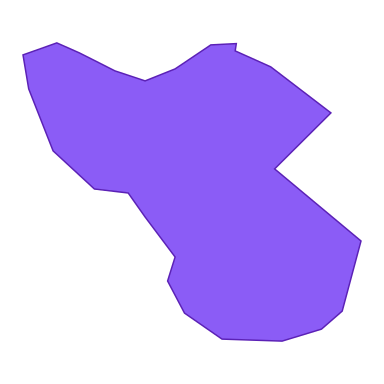 the border of Moka
{"feature_id": "MUS-5186", "entity_name": "Moka", "entity_type": "District", "adm_level": 1, "iso_a3": "MUS", "parent_name": "Mauritius", "parent_adm1": "", "projection": "mercator", "projection_center": [57.579, -20.265], "detail": "fine", "context": "isolated", "style": "filled", "palette": "violet", "viewbox_px": 384, "rotation_deg": 0, "n_neighbors": 0, "source": "natural_earth", "source_scale": "10m", "svg_char_len": 437}
<svg xmlns="http://www.w3.org/2000/svg" viewBox="0 0 384 384"><path d="M236.3,43.6L235.2,50.9L270.8,66.9L330.9,112.9L274.6,168.9L361.0,241.0L342.2,311.1L321.5,329.1L282.1,341.1L222.0,339.1L184.5,313.1L167.6,281.0L175.1,257.0L145.1,217.0L128.2,193.0L94.4,189.0L53.1,150.9L28.7,88.9L23.0,54.9L56.8,42.9L79.4,52.9L115.0,70.9L128.6,75.4L145.1,80.9L175.1,68.9L210.8,44.9L236.3,43.6Z" fill="#8b5cf6" stroke="#5b21b6" stroke-width="1.5"/></svg>